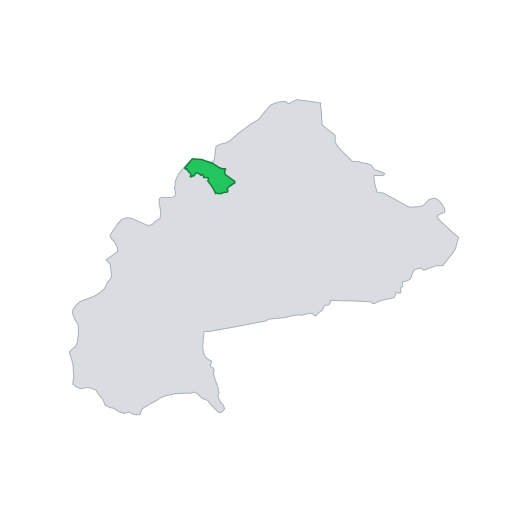 Loroum, Loroum, Burkina Faso (highlighted), rotated 350°
{"feature_id": "67063806B11896750408185", "entity_name": "Loroum", "entity_type": "district", "adm_level": 2, "iso_a3": "BFA", "parent_name": "Burkina Faso", "parent_adm1": "Loroum", "projection": "orthographic", "projection_center": [-2.146, 13.922], "detail": "fine", "context": "in_parent", "style": "filled", "palette": "green", "viewbox_px": 512, "rotation_deg": 350, "n_neighbors": 0, "source": "geoboundaries", "source_scale": "gbopen_adm2", "svg_char_len": 6402}
<svg xmlns="http://www.w3.org/2000/svg" viewBox="0 0 512 512"><g transform="rotate(350 256 256)"><path d="M383.2,321.0L370.0,321.7L365.2,323.2L362.3,323.2L362.2,322.0L361.9,321.3L345.2,317.4L333.5,315.1L321.6,312.6L320.9,315.1L319.3,316.7L316.7,316.8L314.9,316.5L313.7,318.4L311.8,320.9L309.1,322.2L306.4,323.8L304.9,325.2L303.8,325.2L301.0,322.0L297.4,321.7L290.7,322.3L287.7,321.4L283.5,321.0L273.8,321.7L258.2,320.4L255.6,321.1L254.9,321.7L239.5,321.9L222.5,322.1L208.3,322.2L195.8,322.3L195.8,321.8L191.8,321.7L191.3,322.8L187.8,335.8L187.4,342.9L189.2,347.3L191.4,350.1L193.7,351.2L193.9,352.8L192.1,354.8L192.2,356.9L194.4,359.1L195.0,361.4L193.8,363.7L194.1,369.5L195.7,378.5L195.8,384.4L194.2,387.0L194.9,391.6L198.0,398.1L198.5,400.8L197.4,402.1L194.9,403.8L192.3,403.7L189.3,399.8L188.0,398.0L185.5,394.1L183.5,390.1L180.7,388.3L178.0,386.7L174.6,381.6L171.4,379.2L168.0,379.8L163.0,378.9L153.0,377.6L142.2,377.9L137.7,379.0L133.3,380.8L122.0,384.8L117.6,386.7L114.2,391.8L110.4,391.6L106.6,390.0L104.2,387.6L99.1,388.1L94.2,385.8L89.5,381.3L86.0,379.9L81.5,376.6L80.3,370.5L77.5,366.2L75.0,360.3L71.1,357.6L66.7,356.1L60.5,356.3L56.5,353.9L53.3,350.4L54.2,347.4L55.7,343.1L55.9,339.0L56.9,332.4L56.4,324.0L55.4,318.2L58.8,315.8L62.7,313.7L65.2,309.8L67.8,301.0L69.0,293.3L68.2,290.5L67.0,288.2L66.0,284.9L65.4,280.8L66.2,277.3L69.2,274.1L72.9,271.4L75.6,270.2L82.6,268.9L91.3,267.0L96.4,264.7L100.1,262.5L102.2,260.7L104.3,256.9L107.7,254.1L110.3,251.2L110.8,243.1L110.8,238.4L108.9,235.9L107.8,233.7L120.8,227.4L120.9,223.0L119.2,217.9L116.7,213.9L115.8,210.4L119.4,206.3L122.6,203.3L124.9,200.7L130.0,196.7L135.3,195.8L140.0,197.3L154.1,206.8L156.6,207.4L159.5,206.7L163.2,204.2L168.1,202.3L169.9,196.0L169.8,186.8L170.9,182.6L173.4,181.8L181.5,183.6L183.6,183.7L186.0,183.2L187.7,181.5L187.7,178.6L187.3,175.9L190.0,167.4L194.8,160.9L204.6,152.9L207.6,151.3L211.1,150.5L228.6,156.0L231.4,154.7L235.7,141.0L240.4,139.7L246.0,139.4L249.7,138.2L251.6,137.3L259.9,132.1L274.5,124.9L282.3,121.9L283.8,120.7L289.4,115.7L296.9,109.9L301.6,108.7L308.1,108.2L312.3,109.1L313.4,110.8L314.8,111.6L323.3,109.1L335.6,112.9L346.3,116.6L345.6,119.0L345.6,123.3L344.8,130.1L343.8,138.3L348.2,143.5L353.6,149.1L355.0,151.3L353.7,156.9L354.7,160.2L357.5,165.6L362.3,172.5L367.3,179.5L370.6,180.4L373.9,181.0L375.8,182.2L378.7,183.4L381.5,184.2L384.0,185.7L385.6,187.2L387.7,191.6L393.2,194.4L397.1,197.2L395.6,198.7L390.8,198.2L386.3,197.0L385.7,199.1L385.6,207.2L386.4,213.9L387.5,214.8L392.0,215.9L402.9,224.5L412.8,232.6L416.1,234.7L421.5,235.4L427.6,235.7L430.2,234.9L436.0,230.6L439.1,230.1L441.9,230.2L443.5,230.8L446.4,234.1L449.1,239.2L449.9,243.0L449.7,245.0L448.8,245.8L444.0,246.9L441.9,247.7L441.5,248.8L442.2,251.3L443.2,252.9L448.6,260.2L456.3,270.1L458.7,272.6L457.4,275.6L453.7,283.4L450.8,286.7L438.2,298.0L431.9,296.8L418.8,299.2L416.8,296.7L413.7,296.4L409.9,296.9L408.5,297.9L408.1,299.0L406.8,300.5L404.4,304.9L402.5,306.1L400.2,306.8L397.3,306.7L395.6,307.3L395.6,309.5L395.1,311.4L393.2,312.3L392.4,314.5L392.6,316.5L391.5,317.5L389.0,317.0L387.5,316.5L386.1,319.1L384.4,321.0L383.2,321.0Z" fill="#d9dde1" stroke="#a8b0b8" stroke-width="1"/><path d="M200.7,157.4L200.8,157.3L201.2,157.5L201.3,157.6L201.4,157.8L201.5,157.9L201.8,157.9L201.9,158.0L202.0,158.1L202.3,158.0L202.5,158.3L202.6,158.2L202.8,158.2L202.7,158.3L202.8,158.6L204.4,161.6L204.9,162.3L205.3,162.7L205.6,163.3L205.9,164.1L205.9,164.3L205.8,164.8L205.8,165.0L205.6,165.4L205.3,165.8L205.2,165.9L205.1,166.0L205.0,166.3L205.3,166.6L205.5,166.7L205.9,166.8L206.0,166.8L206.3,166.8L206.5,166.7L206.9,166.4L207.3,166.2L207.6,166.0L207.8,165.9L208.0,165.9L208.2,166.0L208.4,166.2L208.6,166.4L209.1,166.0L209.4,165.7L209.8,165.4L210.1,165.0L210.2,164.8L210.7,164.5L211.0,164.2L211.5,164.0L211.9,163.9L212.2,163.9L212.6,163.9L212.9,164.0L213.2,164.1L213.4,164.3L213.6,164.6L213.7,164.8L213.8,165.0L214.2,165.2L214.6,165.5L214.9,165.7L215.2,166.0L215.3,166.1L215.4,166.3L215.4,166.5L215.5,166.7L215.5,166.8L215.8,166.8L216.2,166.8L216.5,166.7L216.8,166.6L217.1,166.5L217.4,166.5L217.5,166.6L217.8,167.0L217.9,167.3L218.0,167.4L218.0,167.6L218.1,168.3L218.1,168.9L218.1,169.3L218.1,169.5L218.3,169.7L218.5,169.8L219.2,169.8L219.7,169.9L220.7,170.2L221.7,170.4L222.1,170.6L222.3,170.7L222.4,170.8L222.5,170.9L222.6,171.1L222.7,171.3L222.7,171.5L222.5,172.0L222.3,172.5L222.0,173.1L221.8,173.4L221.7,173.5L221.6,173.8L221.6,174.0L222.1,174.8L222.4,175.4L222.6,175.8L222.8,176.1L222.9,176.4L223.2,176.9L223.7,178.0L224.2,178.9L224.6,179.8L225.0,180.9L225.3,181.5L225.7,182.5L226.2,184.0L226.4,185.0L226.5,185.6L226.7,186.2L226.9,186.7L227.1,187.5L227.4,187.4L227.5,187.4L227.9,187.4L228.2,187.4L228.6,187.5L229.0,187.6L229.4,187.8L230.0,187.9L230.4,188.1L230.7,188.2L230.8,188.3L231.0,188.3L231.3,188.3L231.7,188.3L231.8,188.4L232.0,188.4L232.3,188.5L232.8,188.5L233.2,188.5L233.6,188.4L234.0,188.1L234.3,188.0L234.3,187.9L234.6,187.9L234.9,187.8L235.2,187.7L235.6,187.8L236.4,187.9L237.4,188.1L238.0,188.1L238.6,188.1L238.9,187.9L239.1,187.6L239.3,187.3L239.5,187.1L239.4,187.0L239.5,186.7L239.4,186.4L239.4,186.2L239.4,185.8L239.4,185.7L239.2,185.2L239.1,184.9L239.2,184.7L239.4,184.6L239.7,184.4L240.1,184.1L240.8,183.6L241.4,183.2L242.0,182.7L242.5,182.4L242.9,182.2L243.2,182.1L243.3,182.1L243.5,182.2L243.8,182.3L244.0,182.2L244.6,181.8L244.9,181.4L245.3,181.0L245.6,180.9L245.9,180.9L246.4,180.9L246.8,180.9L247.1,180.8L247.4,180.7L247.6,180.6L247.7,180.4L247.7,180.2L247.8,180.1L247.8,179.9L247.8,179.7L248.0,179.6L248.1,179.4L247.9,179.3L247.9,179.2L247.7,178.9L247.8,178.8L247.8,178.7L247.7,178.6L247.7,178.4L247.5,178.2L247.3,178.1L247.1,178.0L246.9,177.9L246.8,177.7L246.7,177.6L246.6,177.3L246.6,177.2L246.2,176.9L245.7,176.4L244.8,175.6L244.2,174.9L243.4,174.0L242.4,173.1L242.1,172.7L241.8,172.5L241.4,172.0L241.0,171.7L240.7,171.4L240.5,171.2L240.3,171.0L240.1,170.8L240.0,170.5L239.8,169.9L239.7,169.4L239.6,169.1L239.6,168.8L239.6,168.6L239.7,168.4L239.8,168.3L239.8,168.1L239.8,167.8L239.8,167.7L239.8,167.4L239.8,167.2L240.0,166.9L240.1,166.7L240.4,166.3L240.5,166.2L241.0,165.7L241.0,165.3L241.0,165.0L241.0,164.8L240.9,164.7L238.8,164.5L235.7,163.0L234.3,161.8L233.1,160.7L232.7,160.3L231.7,159.4L229.8,157.7L229.8,157.8L229.8,157.7L229.7,157.4L229.4,157.3L229.4,157.2L229.2,157.2L228.9,157.0L222.2,153.2L219.5,151.6L210.1,149.3L200.7,157.4Z" fill="#22c55e" stroke="#15803d" stroke-width="1.5"/></g></svg>